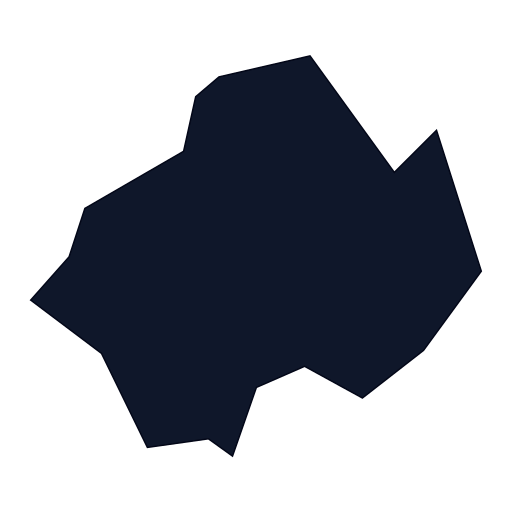 the border of Wolverhampton
{"feature_id": "GBR-5693", "entity_name": "Wolverhampton", "entity_type": "Metropolitan Borough", "adm_level": 1, "iso_a3": "GBR", "parent_name": "United Kingdom", "parent_adm1": "", "projection": "mercator", "projection_center": [-2.117, 52.589], "detail": "fine", "context": "isolated", "style": "filled", "palette": "ink", "viewbox_px": 512, "rotation_deg": 0, "n_neighbors": 0, "source": "natural_earth", "source_scale": "10m", "svg_char_len": 354}
<svg xmlns="http://www.w3.org/2000/svg" viewBox="0 0 512 512"><path d="M436.5,130.3L481.3,271.2L423.5,350.4L362.4,398.0L304.6,366.3L256.4,387.4L232.5,456.1L208.4,438.8L147.4,447.4L101.5,353.4L30.7,300.1L69.1,256.8L84.9,208.4L183.6,151.3L195.7,96.7L219.0,76.9L310.0,55.9L394.3,172.4L436.5,130.3Z" fill="#0f172a" stroke="#020617" stroke-width="1.5"/></svg>